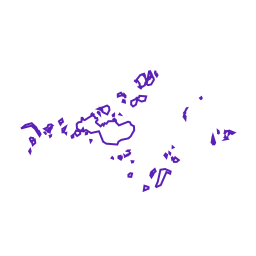 the district of Sulu, Sulu, Philippines, rotated 187°
{"feature_id": "2640588B7308386302326", "entity_name": "Sulu", "entity_type": "district", "adm_level": 2, "iso_a3": "PHL", "parent_name": "Philippines", "parent_adm1": "Sulu", "projection": "natural_earth1", "projection_center": [120.931, 5.941], "detail": "fine", "context": "isolated", "style": "outline", "palette": "violet", "viewbox_px": 256, "rotation_deg": 187, "n_neighbors": 0, "source": "geoboundaries", "source_scale": "gbopen_adm2", "svg_char_len": 5969}
<svg xmlns="http://www.w3.org/2000/svg" viewBox="0 0 256 256"><g transform="rotate(187 128 128)"><path d="M164.6,136.0L163.7,137.2L163.2,136.5L163.8,137.4L164.7,137.0L164.5,138.3L164.8,137.3L165.7,137.7L166.3,136.8L165.9,137.2L166.0,136.2L165.5,136.4L165.2,136.2L165.3,136.0L171.9,130.6L174.2,131.0L173.8,131.7L174.4,132.5L175.2,132.4L175.0,128.4L177.9,127.6L179.4,125.7L178.6,121.3L175.2,119.5L173.5,120.2L172.6,122.1L172.1,121.2L172.9,120.2L171.1,119.5L169.4,120.9L164.1,118.5L156.4,121.2L151.0,111.4L147.6,109.8L136.6,110.3L135.7,113.4L133.1,115.4L126.3,117.8L124.3,120.1L121.6,126.5L122.3,130.5L125.3,131.6L126.8,133.9L128.7,134.2L137.3,129.5L140.6,132.2L140.9,134.2L142.7,135.6L143.5,134.8L142.5,134.2L143.8,133.9L142.2,133.8L142.1,133.2L148.3,132.3L149.9,129.6L151.9,129.9L152.5,127.5L153.9,128.7L155.4,126.3L160.3,129.4L160.6,130.4L159.2,132.2L159.9,134.1L161.7,133.7L162.5,135.3L164.6,136.0ZM92.6,72.9L88.5,75.4L84.5,88.9L80.6,87.8L80.4,90.1L86.2,91.8L90.7,90.5L91.9,78.2L93.3,73.6L92.6,72.9ZM119.3,170.2L116.5,172.5L116.2,175.4L115.2,176.0L117.0,180.2L119.9,182.9L122.3,182.0L125.3,177.0L121.8,173.3L121.6,171.5L119.3,170.2ZM150.2,139.0L148.6,143.6L149.4,146.5L151.5,147.7L156.4,145.0L155.1,140.7L150.2,139.0ZM214.8,109.3L214.0,111.3L216.2,114.3L217.1,114.2L219.2,117.4L224.2,121.0L230.1,118.5L234.1,114.5L224.2,118.5L220.1,115.7L214.8,109.3ZM114.4,177.9L114.9,173.8L113.3,173.0L110.3,174.1L108.2,179.0L109.0,181.1L111.5,181.9L112.1,179.7L114.4,177.9ZM117.8,155.9L114.5,157.2L113.8,161.6L120.5,161.3L120.8,159.6L123.2,159.0L123.4,158.0L117.8,155.9ZM125.6,150.0L123.0,152.1L122.3,156.3L123.4,157.9L128.1,155.0L127.7,151.6L125.6,150.0ZM208.1,114.7L205.2,114.1L204.9,116.1L206.1,115.9L206.8,117.5L203.1,121.2L204.7,122.2L207.4,121.4L208.2,118.7L211.0,117.0L208.5,115.7L206.9,116.4L207.2,115.2L205.8,114.9L205.5,114.2L208.1,114.7ZM177.5,113.9L174.8,116.3L174.8,117.6L175.5,118.8L179.2,119.1L180.2,116.2L177.5,113.9ZM98.7,81.9L97.0,85.6L97.7,84.4L98.2,85.1L98.5,83.9L99.0,83.9L98.8,87.6L97.8,85.2L95.3,88.4L96.5,90.5L99.7,86.9L100.1,83.7L98.7,81.9ZM104.7,67.8L100.2,70.3L100.4,71.9L104.6,72.7L104.7,67.8ZM78.2,99.9L75.4,100.4L73.7,102.3L77.6,104.6L79.0,101.1L78.2,99.9ZM141.9,157.9L138.4,159.6L136.2,159.4L139.3,162.2L142.3,160.2L141.9,157.9ZM195.4,123.3L194.9,124.3L195.6,124.1L195.6,124.5L193.3,126.2L194.6,129.0L197.4,126.2L195.4,123.3ZM114.0,184.2L114.7,177.9L112.8,180.0L112.5,181.1L111.7,182.2L111.7,182.4L111.6,183.0L111.2,183.4L111.1,184.3L112.9,186.9L114.0,186.7L114.1,185.3L113.1,186.6L112.4,184.9L114.0,184.2ZM220.4,99.4L218.2,101.9L219.1,105.0L222.0,102.9L220.4,99.4ZM222.8,102.9L220.2,104.5L220.8,106.4L223.4,106.6L224.2,105.5L222.8,102.9ZM121.6,79.8L118.8,79.9L118.4,83.3L120.2,83.4L121.9,81.7L121.6,79.8ZM193.1,118.9L192.4,115.7L191.9,115.8L191.5,116.1L190.8,117.7L189.9,121.7L193.1,118.9ZM41.8,122.2L40.7,122.2L40.5,122.6L40.3,122.6L39.7,123.9L42.8,130.8L43.1,129.0L42.1,128.2L41.6,125.6L40.6,125.1L40.3,122.7L41.4,122.5L41.9,123.5L41.0,123.9L41.0,123.6L40.8,123.8L42.2,125.2L42.9,124.4L41.8,122.2ZM86.3,103.2L85.9,106.1L87.5,107.1L88.5,105.3L86.3,103.2ZM24.0,134.7L21.9,136.3L26.3,137.5L25.7,135.6L24.0,134.7ZM72.1,143.6L72.2,146.5L73.8,148.3L74.2,146.0L72.1,143.6ZM131.2,95.8L130.4,97.6L131.1,99.8L131.1,97.3L131.6,96.7L133.4,97.3L132.8,99.2L133.9,98.8L133.9,97.1L131.2,95.8ZM31.3,134.3L31.3,135.6L30.9,135.0L30.3,135.9L30.9,135.4L31.2,136.0L27.3,137.5L31.2,136.7L31.5,134.7L32.2,134.9L31.3,134.3ZM136.6,153.3L134.2,152.9L134.6,154.9L136.2,155.3L136.6,153.3ZM182.3,111.5L181.1,112.2L181.5,114.7L183.1,113.0L182.3,111.5ZM30.5,128.4L28.0,129.2L29.2,129.9L28.0,129.6L28.2,130.9L30.2,130.3L29.4,129.9L29.4,129.6L30.5,128.4ZM222.1,91.4L221.8,93.1L222.5,94.7L223.3,92.9L222.1,91.4ZM127.6,99.2L123.7,101.8L123.1,102.5L122.8,103.3L122.6,104.2L124.6,101.2L124.8,101.5L125.4,101.6L127.0,99.7L128.0,100.3L127.6,99.2ZM156.9,142.5L157.7,144.6L160.2,143.2L158.3,142.9L158.4,143.7L156.9,142.5ZM134.3,157.4L134.4,159.7L136.0,161.1L136.1,160.5L134.3,157.4ZM105.8,182.9L105.2,184.1L105.8,184.9L106.1,184.4L105.5,184.1L105.6,183.4L107.0,184.3L107.8,188.2L108.0,186.3L107.2,184.5L105.8,182.9ZM157.6,137.8L158.3,140.0L159.7,140.3L159.9,139.6L157.6,137.8ZM144.3,137.9L143.4,138.3L143.9,139.6L143.2,138.8L143.5,140.2L144.8,138.9L144.3,137.9ZM59.1,165.7L58.5,166.5L59.0,167.5L60.1,166.5L59.1,165.7ZM42.9,124.6L41.7,125.8L42.0,127.0L42.1,127.4L42.2,127.5L42.4,127.7L42.3,128.1L42.8,128.5L43.0,126.9L42.3,127.5L41.9,126.1L42.7,125.5L42.4,126.5L42.7,126.4L42.9,126.7L43.1,126.7L42.9,124.6ZM208.3,111.6L209.9,113.6L210.3,113.4L208.3,111.6ZM37.9,133.7L37.6,133.6L37.3,133.8L37.2,134.4L37.4,134.7L37.5,134.7L37.3,133.9L37.6,133.7L37.9,133.8L37.6,135.8L38.5,136.4L37.9,133.7ZM119.8,94.3L118.9,94.7L118.7,95.6L120.3,95.5L119.8,94.3ZM74.1,150.0L73.0,149.9L73.2,151.7L74.1,150.0ZM169.1,116.7L168.0,117.1L167.9,118.6L169.1,118.0L169.1,116.7ZM111.6,182.3L110.1,182.4L111.1,184.1L111.2,183.4L111.6,182.3ZM140.6,96.2L139.1,95.8L139.1,96.2L140.1,97.1L140.6,96.2ZM204.2,109.7L203.6,110.4L203.5,111.4L204.8,110.8L204.2,109.7ZM83.1,107.2L83.0,108.3L84.0,108.9L83.9,107.9L83.1,107.2ZM27.3,133.7L27.2,133.8L27.3,134.0L26.7,134.5L26.6,135.2L27.1,137.0L27.3,133.7ZM122.0,170.0L120.0,168.9L119.8,169.3L120.2,170.7L122.0,170.0ZM163.4,109.8L162.6,111.4L162.7,111.7L164.0,111.6L163.4,109.8ZM124.2,104.9L123.8,105.9L125.3,105.7L125.8,105.4L126.1,105.1L124.2,104.9ZM127.6,175.9L125.6,174.8L125.6,175.0L126.5,175.8L127.6,175.9ZM204.7,118.1L203.9,118.1L203.5,119.8L204.7,118.1ZM81.3,113.8L80.5,114.3L81.4,114.9L81.3,113.8ZM132.6,99.3L131.6,98.0L131.9,98.4L131.6,98.4L131.6,98.6L131.5,98.8L132.6,99.3ZM80.5,102.7L79.9,103.8L80.4,104.2L80.8,103.6L80.5,102.7ZM30.9,132.6L30.3,130.7L30.3,131.0L30.9,132.6ZM138.2,140.4L137.1,140.3L137.9,141.0L138.2,140.4ZM174.0,119.4L172.8,119.3L173.4,120.0L174.0,119.4ZM189.6,115.4L188.7,114.7L188.7,115.7L189.6,115.4ZM72.2,154.7L73.0,152.3L71.9,154.8L72.2,154.7ZM118.6,183.8L119.3,183.5L118.2,183.1L118.6,183.8Z" fill="none" stroke="#5b21b6" stroke-width="2"/></g></svg>